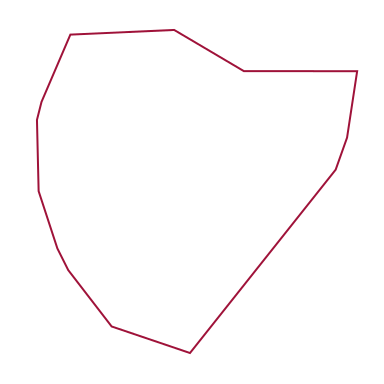 an SVG outline of Tabor, rotated 183°
{"feature_id": "SVN-240", "entity_name": "Tabor", "entity_type": "Municipality", "adm_level": 1, "iso_a3": "SVN", "parent_name": "Slovenia", "parent_adm1": "", "projection": "robinson", "projection_center": [15.017, 46.225], "detail": "fine", "context": "isolated", "style": "outline", "palette": "rose", "viewbox_px": 384, "rotation_deg": 183, "n_neighbors": 0, "source": "natural_earth", "source_scale": "10m", "svg_char_len": 328}
<svg xmlns="http://www.w3.org/2000/svg" viewBox="0 0 384 384"><g transform="rotate(183 192 192)"><path d="M33.4,321.3L40.0,254.4L49.7,221.8L185.6,31.1L265.2,53.5L311.5,107.5L323.5,128.6L345.2,184.8L350.6,255.9L347.0,274.1L321.7,342.8L218.3,352.9L146.5,315.4L33.4,321.3Z" fill="none" stroke="#9f1239" stroke-width="2"/></g></svg>